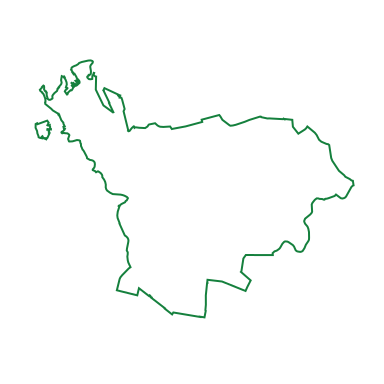 Inner West, New South Wales, Australia (Natural Earth projection), rotated 274°
{"feature_id": "25037944B74627164094069", "entity_name": "Inner West", "entity_type": "district", "adm_level": 2, "iso_a3": "AUS", "parent_name": "Australia", "parent_adm1": "New South Wales", "projection": "natural_earth1", "projection_center": [151.167, -33.89], "detail": "fine", "context": "isolated", "style": "outline", "palette": "green", "viewbox_px": 384, "rotation_deg": 274, "n_neighbors": 0, "source": "geoboundaries", "source_scale": "gbopen_adm2", "svg_char_len": 5811}
<svg xmlns="http://www.w3.org/2000/svg" viewBox="0 0 384 384"><g transform="rotate(274 192 192)"><path d="M265.4,302.5L263.5,301.4L262.2,300.2L257.6,294.0L264.1,288.1L271.0,287.0L271.3,279.7L270.9,279.5L271.6,278.2L271.0,277.7L270.8,263.9L270.6,262.1L271.5,255.8L271.9,255.6L272.0,254.7L267.9,244.2L265.7,239.7L262.1,231.0L261.2,228.1L260.8,225.7L261.1,224.9L266.1,217.3L269.4,215.0L270.7,213.8L264.8,196.6L262.6,197.3L257.0,181.1L253.8,168.8L253.4,167.5L255.8,165.6L254.9,158.9L254.9,155.7L255.3,154.3L256.0,152.9L258.0,150.4L256.4,144.6L256.1,144.1L254.2,143.0L252.5,140.8L252.4,134.8L252.6,131.4L252.4,130.7L252.0,130.2L253.3,129.7L253.4,129.2L251.6,127.5L248.5,125.4L248.2,124.4L248.6,123.9L249.0,124.1L267.8,118.1L270.1,119.0L279.4,115.8L281.1,115.0L281.1,113.3L283.3,113.7L283.4,113.2L282.1,112.6L283.3,111.4L284.0,111.7L289.5,97.4L287.3,96.5L287.1,96.9L286.8,96.8L275.2,103.4L274.9,103.0L266.1,108.0L265.9,107.6L272.2,97.6L282.3,91.8L287.4,88.9L300.4,88.3L300.4,88.0L300.2,88.0L301.8,85.6L303.9,86.1L304.0,85.7L302.0,85.2L300.9,84.5L297.8,84.6L297.4,83.2L297.4,81.5L297.7,80.9L298.9,79.6L299.8,79.5L300.5,80.3L301.1,80.4L301.6,80.9L301.3,81.3L302.7,82.8L305.4,82.8L309.5,81.8L310.5,81.8L311.6,82.2L314.0,83.9L315.1,84.0L315.7,83.5L316.2,81.8L315.9,79.4L314.0,73.0L312.8,70.4L311.7,69.6L310.3,67.7L309.5,65.9L308.3,63.9L307.5,63.2L306.9,63.1L305.9,63.3L305.5,62.9L303.1,64.8L302.9,64.4L301.1,65.8L301.7,66.6L298.8,68.6L297.6,69.1L295.1,71.7L294.2,72.1L293.4,72.2L293.2,72.1L293.2,71.9L295.5,69.2L294.8,68.0L292.8,70.3L292.3,71.5L291.0,70.2L291.3,70.1L291.1,70.0L290.9,70.2L290.7,70.0L290.8,69.8L290.6,69.5L291.5,68.6L291.3,68.5L290.5,69.5L290.0,68.9L292.5,66.1L292.3,65.9L290.4,67.9L289.7,67.2L292.5,64.4L292.3,64.2L289.2,67.4L288.4,66.7L290.2,65.0L289.8,64.7L288.1,66.3L286.1,65.5L285.1,64.9L284.8,64.0L285.0,63.7L281.9,60.8L281.5,61.2L280.7,60.9L280.5,60.5L280.7,60.3L283.5,58.1L284.8,58.7L285.9,59.9L286.9,60.5L287.2,60.1L287.3,59.3L287.5,58.9L290.5,59.6L292.7,59.2L295.5,57.9L296.6,57.0L296.9,57.4L296.8,57.6L298.4,56.3L298.2,56.0L297.7,56.3L297.5,56.1L298.0,55.6L298.2,54.8L298.5,54.0L294.5,53.6L292.1,54.3L290.8,54.1L289.7,53.5L287.4,51.8L287.1,52.1L286.8,51.9L286.0,51.3L286.2,51.1L285.4,50.6L285.2,50.8L283.4,50.3L281.0,47.8L279.0,46.4L278.0,46.0L275.7,46.3L275.4,46.1L274.2,44.4L274.0,43.5L274.1,42.7L275.1,41.2L275.2,41.5L278.1,40.4L280.9,39.9L281.0,40.1L281.5,39.8L281.4,39.5L282.0,39.2L281.9,39.1L282.3,38.5L284.0,37.3L286.5,37.2L287.5,36.9L287.8,36.3L286.1,34.9L285.6,35.0L283.3,33.1L282.2,33.7L281.0,35.6L280.7,35.5L279.8,36.4L279.7,36.8L278.0,37.7L274.9,39.1L272.6,39.5L271.5,39.3L271.5,39.5L271.2,39.5L270.6,39.3L269.6,39.5L265.1,45.9L263.7,47.4L261.3,52.0L261.0,52.9L260.4,53.5L260.0,53.2L259.6,53.4L259.5,53.7L260.0,54.0L259.5,54.3L259.3,54.1L259.1,54.2L259.2,54.3L254.4,56.7L252.2,58.8L251.1,59.0L248.5,60.5L248.1,59.2L245.8,59.9L245.9,60.7L245.3,60.5L243.9,59.3L242.9,57.8L242.3,57.6L241.9,57.8L241.5,58.4L241.9,59.8L241.9,60.9L241.8,61.1L241.8,63.7L240.7,65.4L240.1,65.7L236.3,64.7L234.0,65.7L233.8,66.0L234.2,69.3L235.8,73.6L235.7,75.8L235.3,76.7L233.0,77.3L232.4,77.8L230.1,78.1L228.5,79.0L226.6,79.9L226.2,80.5L225.0,81.4L219.8,84.6L218.3,85.0L216.9,87.9L216.7,89.9L216.3,91.1L215.5,92.2L214.7,92.8L213.0,93.2L210.5,93.1L209.4,92.7L207.6,91.4L206.9,91.5L206.1,93.8L205.0,94.9L206.0,96.5L206.0,97.1L204.6,99.5L203.1,100.9L201.9,101.4L200.5,101.5L198.3,103.4L196.0,104.7L193.3,105.5L190.6,105.6L188.7,106.3L187.5,107.2L185.6,110.3L184.4,113.1L184.4,121.0L184.1,123.0L183.6,124.9L182.5,127.4L181.4,128.5L179.1,127.5L178.4,126.5L177.1,125.9L175.1,122.5L174.2,121.5L173.3,121.0L173.4,120.3L173.2,119.9L172.9,119.8L172.5,120.6L167.3,119.3L163.5,119.1L160.9,119.6L155.8,122.0L155.5,121.8L144.5,127.7L143.9,128.1L143.1,129.5L141.8,130.9L140.4,131.7L139.0,132.0L137.4,131.9L131.2,131.1L129.1,131.0L127.4,132.1L125.5,132.2L123.1,132.0L119.3,132.7L117.2,133.4L112.7,135.9L111.4,134.3L104.1,128.1L101.8,126.5L100.2,125.9L88.7,123.9L85.1,144.6L92.3,145.8L85.2,156.4L86.0,156.9L85.8,157.3L85.4,157.0L85.0,157.3L84.1,159.0L83.7,158.7L74.1,173.1L73.8,172.9L73.5,173.3L68.5,180.7L70.5,181.8L67.9,208.8L68.2,208.7L67.8,213.2L74.5,214.0L75.0,213.6L80.4,213.7L89.8,213.0L102.3,213.4L102.4,213.8L103.8,213.5L105.5,213.6L104.8,228.2L97.0,252.3L101.1,253.8L107.9,256.7L115.7,246.4L116.2,246.8L129.3,247.9L132.9,250.1L134.7,277.0L136.6,276.7L138.6,278.5L139.0,279.7L139.7,281.0L141.5,283.1L142.7,283.9L146.7,285.8L148.7,287.4L149.2,288.3L149.2,290.5L148.8,291.7L146.1,296.3L144.7,297.6L141.1,299.5L140.3,300.6L140.0,301.7L139.8,304.2L140.2,305.5L140.9,306.5L143.8,308.1L147.4,309.3L151.0,311.4L152.5,312.0L154.3,312.0L160.2,311.5L163.5,310.6L165.6,309.6L168.3,307.0L170.3,306.0L171.2,306.0L173.3,306.7L177.9,311.6L179.7,312.9L180.8,313.2L187.9,312.3L189.6,312.9L192.7,315.0L194.3,316.8L194.4,318.3L194.0,319.9L194.1,322.2L193.5,324.3L193.8,324.9L194.2,325.0L194.6,325.8L194.7,326.8L195.3,328.5L198.0,334.6L199.5,335.8L196.2,340.9L196.0,342.5L196.5,344.1L197.3,345.3L198.4,346.1L208.2,350.7L209.6,352.0L209.9,352.7L214.4,351.7L214.6,350.4L215.9,348.5L217.9,343.9L219.3,342.7L223.4,337.1L232.9,329.8L235.6,328.5L248.4,325.6L249.1,324.7L249.4,322.6L251.2,317.5L253.0,315.1L257.5,312.4L259.7,310.4L265.4,302.5ZM249.8,32.7L248.9,31.3L245.1,31.5L242.0,33.2L239.6,33.7L237.4,34.8L235.9,35.2L235.4,36.5L235.2,38.1L235.8,37.8L236.1,38.2L235.3,38.7L235.3,39.0L236.8,38.4L237.2,38.9L235.7,39.8L235.5,41.0L235.0,41.1L234.6,42.3L235.5,42.3L235.6,43.1L235.1,43.3L236.0,43.8L236.0,44.0L240.5,45.7L240.6,45.3L241.5,45.6L241.8,45.0L243.3,45.1L243.3,44.7L243.9,44.7L244.0,43.3L244.7,43.4L244.5,46.9L244.9,46.9L245.0,45.6L245.6,45.7L245.8,46.1L247.7,45.8L248.1,45.0L248.8,45.2L248.5,44.3L248.6,43.8L248.3,43.6L248.5,43.1L251.1,44.2L253.1,42.6L248.9,33.2L249.8,32.7Z" fill="none" stroke="#15803d" stroke-width="2"/></g></svg>